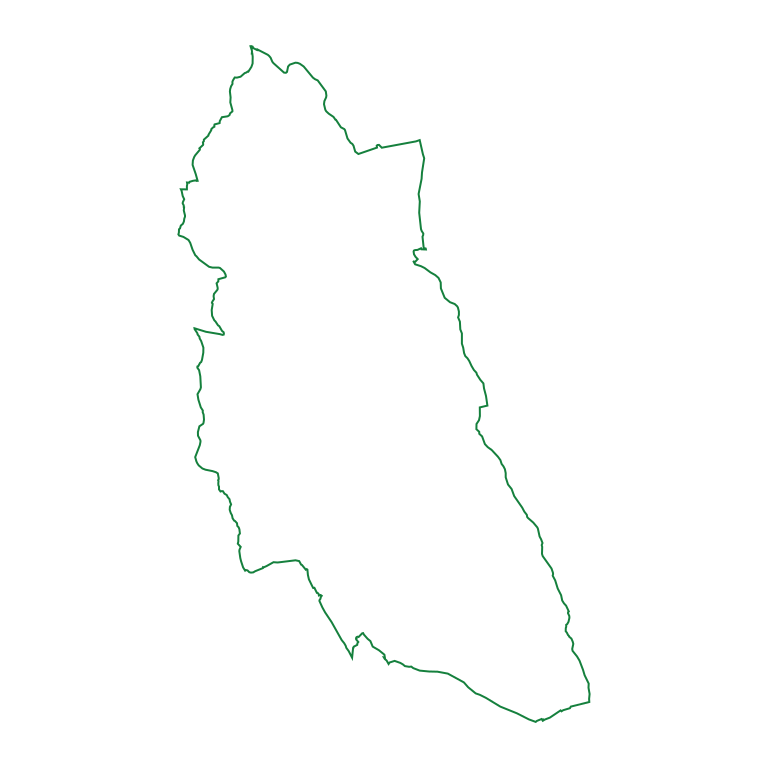 outline of Filipeni, Bacau, Romania
{"feature_id": "2599482B91029580875305", "entity_name": "Filipeni", "entity_type": "district", "adm_level": 2, "iso_a3": "ROU", "parent_name": "Romania", "parent_adm1": "Bacau", "projection": "natural_earth1", "projection_center": [27.183, 46.544], "detail": "fine", "context": "isolated", "style": "outline", "palette": "green", "viewbox_px": 768, "rotation_deg": 0, "n_neighbors": 0, "source": "geoboundaries", "source_scale": "gbopen_adm2", "svg_char_len": 6076}
<svg xmlns="http://www.w3.org/2000/svg" viewBox="0 0 768 768"><path d="M245.1,570.6L245.7,570.0L247.5,570.4L249.3,572.2L250.9,572.6L253.2,572.4L255.2,571.2L262.9,568.1L263.1,567.1L263.8,567.3L266.5,566.1L273.5,562.2L277.6,562.5L295.5,560.3L299.2,561.1L301.1,564.6L302.0,565.0L305.8,569.7L306.7,569.1L307.4,569.6L307.9,574.9L308.9,579.3L312.2,586.1L313.2,588.0L314.4,587.8L316.9,592.9L317.6,592.9L318.7,594.1L318.9,595.5L320.6,595.0L321.7,595.8L320.8,597.1L320.4,598.9L319.6,599.9L319.4,600.9L322.4,607.5L325.1,612.4L331.6,622.1L341.7,640.1L344.2,643.2L345.7,645.8L346.3,647.8L348.7,651.1L352.1,657.7L353.1,647.9L353.5,647.7L353.7,646.7L357.2,644.9L357.4,643.2L358.3,642.0L356.2,639.5L356.1,638.9L356.5,638.6L356.1,638.0L356.6,637.1L357.6,636.7L358.6,637.0L362.2,633.3L363.1,633.1L363.9,634.6L367.6,638.8L370.4,641.1L372.7,646.6L378.9,650.2L384.4,654.7L384.9,657.7L383.9,657.5L384.8,659.0L386.6,660.5L388.6,664.0L389.6,662.5L394.6,660.9L400.3,662.9L402.9,664.4L404.9,666.1L409.1,666.8L411.3,666.6L413.2,668.1L419.7,670.6L429.0,671.5L437.5,671.7L447.8,673.6L463.9,682.4L468.2,687.3L475.7,693.4L479.8,694.8L485.8,697.8L500.3,706.6L516.9,713.3L528.9,719.4L535.7,721.9L536.9,720.9L541.6,719.0L542.0,719.5L543.2,719.4L543.3,719.6L542.4,720.2L542.8,720.8L544.7,719.6L549.9,717.6L560.6,710.4L561.5,711.3L563.2,710.2L569.9,708.2L570.8,706.6L589.3,702.0L589.1,698.9L589.6,694.0L588.5,687.7L588.7,683.6L584.6,675.2L583.0,669.8L579.5,660.6L577.0,656.4L572.6,650.9L572.2,649.0L573.3,643.9L572.7,641.6L571.4,638.6L569.1,636.6L568.9,635.9L568.0,635.0L566.9,632.7L565.7,631.2L565.8,628.0L566.2,626.9L566.2,624.8L567.2,624.1L568.5,621.8L569.4,617.9L569.3,616.0L568.0,613.2L568.1,612.1L568.8,611.5L566.1,605.7L564.0,603.4L562.2,600.5L561.1,595.2L557.7,588.5L555.2,580.4L552.7,575.7L553.1,574.1L552.9,572.6L551.5,568.5L542.7,556.1L542.0,553.9L542.2,546.8L541.7,545.1L542.5,543.0L541.1,539.3L539.6,536.5L537.9,528.7L537.3,527.4L533.3,522.6L527.9,517.9L527.2,517.0L526.8,514.8L524.3,511.6L522.2,507.6L514.2,496.1L511.6,489.0L508.0,484.5L505.7,477.3L505.7,473.1L504.9,469.2L503.5,466.4L501.6,463.9L500.4,460.1L498.0,456.8L491.7,450.0L487.8,447.2L484.9,444.1L482.1,436.4L479.3,433.8L479.2,431.8L476.4,429.2L476.5,424.0L479.0,420.2L479.9,416.1L479.8,407.4L487.4,405.6L486.0,396.0L484.0,388.3L483.4,383.4L480.3,379.8L477.0,374.7L476.4,372.7L473.9,370.0L471.5,365.9L469.3,361.1L467.5,358.3L465.3,356.1L464.1,353.1L463.2,347.7L461.9,343.7L461.9,333.4L460.3,329.4L459.9,321.7L458.1,317.4L458.9,315.0L458.9,311.5L457.9,307.5L457.1,306.2L454.7,304.0L450.0,302.2L444.7,297.8L440.9,288.4L440.7,282.4L438.5,277.9L435.3,275.1L430.5,272.4L424.6,268.0L421.0,266.2L415.1,264.3L413.2,260.9L414.3,261.9L415.1,261.9L417.7,259.1L415.5,256.8L414.0,254.3L413.6,251.6L413.9,250.6L415.0,250.1L417.5,249.9L421.0,248.3L421.4,249.3L425.9,249.5L425.7,248.5L423.7,248.0L422.5,236.7L423.2,235.0L423.3,233.5L421.7,231.0L421.0,229.1L419.2,212.8L419.8,201.4L418.6,194.0L421.6,178.8L422.0,172.5L424.2,158.3L422.9,154.2L419.7,140.1L415.9,141.4L381.8,147.7L379.0,144.9L377.5,145.0L376.7,145.7L377.0,147.6L358.4,154.0L355.2,151.6L353.5,145.7L352.3,143.9L350.6,142.8L347.5,138.5L345.0,130.1L344.3,129.1L340.9,127.3L336.0,119.8L335.5,119.8L333.5,116.9L328.8,113.7L326.2,111.3L325.3,109.7L324.0,104.2L324.4,101.1L326.1,97.4L326.4,95.6L325.8,91.4L317.7,80.4L315.0,79.2L312.9,77.6L303.7,66.5L299.9,63.8L297.6,62.9L295.4,62.7L289.8,64.6L288.1,66.5L287.0,71.9L285.9,72.8L284.0,72.6L273.4,63.1L272.3,61.7L270.6,57.7L269.1,55.9L267.8,54.8L257.9,49.7L258.0,50.2L257.1,50.1L253.4,48.1L252.9,48.2L252.7,47.6L253.0,47.4L252.6,46.6L251.2,46.1L250.5,46.2L251.8,50.2L252.0,51.4L251.8,53.5L252.3,53.5L252.7,56.8L252.6,63.5L251.4,66.9L248.3,71.7L247.7,71.5L246.4,72.5L244.7,73.1L240.6,76.7L237.0,77.6L234.7,77.5L232.9,80.5L232.4,81.9L232.5,83.9L231.1,86.2L230.2,89.0L229.9,91.5L230.6,97.4L230.3,102.4L232.4,110.1L232.4,111.4L230.1,113.3L229.5,115.1L227.7,116.3L221.9,117.2L219.8,121.1L219.6,123.1L214.6,124.4L214.3,125.2L214.4,126.7L212.8,127.6L211.3,129.2L211.2,130.3L208.5,134.7L208.4,135.6L203.9,139.6L203.8,141.3L202.9,142.3L203.2,144.3L203.0,145.0L199.4,148.3L199.9,149.0L199.8,149.8L195.2,155.3L194.2,157.0L192.9,160.5L192.6,164.9L195.8,174.3L197.6,180.8L196.4,180.9L195.6,180.4L193.0,180.8L189.6,181.8L189.2,182.7L187.0,182.5L187.3,184.1L186.9,186.0L186.9,189.4L180.9,189.3L181.6,190.8L182.7,196.0L184.2,199.2L182.8,202.3L182.7,203.5L183.7,205.3L183.8,207.2L184.1,207.3L183.8,210.5L185.0,215.4L185.0,216.7L184.3,218.6L183.9,221.5L182.9,223.8L180.8,225.6L180.0,228.4L179.0,229.3L178.9,232.5L178.4,234.4L179.2,235.6L183.4,236.9L188.5,240.0L190.2,242.8L192.6,249.8L195.3,255.3L196.4,256.2L199.1,259.5L209.1,266.8L212.5,267.6L218.7,267.6L220.0,268.0L223.9,271.5L225.5,274.5L225.9,276.5L225.3,277.3L218.4,279.2L218.3,281.4L216.6,283.3L217.6,287.5L217.7,289.0L217.3,289.9L214.0,293.9L213.6,296.1L214.0,299.1L212.4,301.5L211.9,302.8L212.7,303.9L211.7,310.0L212.1,315.8L214.3,320.3L215.5,321.5L218.0,325.3L219.3,326.2L222.0,330.9L223.6,332.2L223.9,333.4L223.7,334.6L222.5,334.9L219.7,334.1L206.0,331.8L194.5,328.3L194.6,329.1L197.4,333.3L197.6,334.5L199.4,336.7L199.7,338.5L201.2,341.1L203.4,347.7L203.3,352.7L202.0,359.8L201.2,362.0L200.1,362.8L198.2,366.3L197.5,366.4L197.3,367.0L197.4,367.8L199.1,370.2L200.3,376.3L200.9,387.3L200.4,389.1L197.5,394.2L198.4,399.7L200.8,407.4L202.8,410.5L202.7,412.2L203.6,414.6L204.0,419.6L203.5,422.9L203.1,423.8L199.4,426.3L197.9,432.1L198.0,435.7L200.4,440.3L200.5,441.7L199.8,445.2L195.2,457.1L196.4,461.4L197.3,463.3L198.7,465.4L202.4,468.5L205.5,469.7L212.5,471.1L215.9,472.2L217.8,473.4L218.7,478.0L218.7,479.2L218.1,480.2L218.5,481.0L218.3,483.3L218.4,485.3L219.0,486.5L219.0,489.4L220.5,491.5L221.7,491.1L222.9,491.2L224.5,493.7L226.7,495.0L227.8,497.2L229.5,499.2L230.0,501.7L231.1,504.4L229.9,506.9L229.7,509.8L230.7,512.9L232.0,515.3L232.6,518.3L234.2,520.7L235.0,521.0L237.0,523.2L237.3,525.9L238.7,527.4L239.4,529.3L239.9,533.5L238.4,535.5L238.3,541.6L237.8,543.7L240.7,546.9L239.5,549.7L239.3,551.1L240.3,558.1L241.1,561.3L243.1,567.4L245.1,570.6Z" fill="none" stroke="#15803d" stroke-width="2"/></svg>